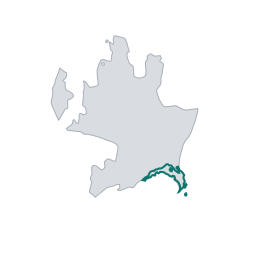 Azerbaijan, with Bakı highlighted, rotated 53°
{"feature_id": "AZE-1689", "entity_name": "Bakı", "entity_type": "Municipality", "adm_level": 1, "iso_a3": "AZE", "parent_name": "Azerbaijan", "parent_adm1": "", "projection": "mercator", "projection_center": [49.815, 40.127], "detail": "medium", "context": "in_parent", "style": "outline", "palette": "teal", "viewbox_px": 256, "rotation_deg": 53, "n_neighbors": 0, "source": "natural_earth", "source_scale": "10m", "svg_char_len": 4949}
<svg xmlns="http://www.w3.org/2000/svg" viewBox="0 0 256 256"><g transform="rotate(53 128 128)"><path d="M163.5,195.9L162.7,195.8L156.5,197.3L155.2,196.8L149.8,190.0L148.8,189.3L146.5,189.0L145.1,187.9L144.0,186.0L143.4,184.7L137.9,181.0L137.1,179.6L137.0,178.4L137.8,177.4L138.7,176.5L141.4,175.5L144.5,174.8L145.5,174.2L146.0,173.2L146.0,171.6L145.5,170.1L141.0,167.2L140.5,166.0L140.4,164.5L140.6,162.9L141.3,161.7L145.0,160.0L147.0,158.3L145.7,156.4L141.8,152.0L137.1,147.1L133.9,147.1L130.3,148.5L124.5,152.6L121.3,154.4L117.1,157.3L112.6,160.6L108.8,164.0L106.5,166.9L102.4,168.1L100.3,170.5L93.4,177.7L91.4,177.6L91.3,174.0L91.4,171.2L91.0,169.6L88.7,167.4L88.7,166.4L89.3,165.8L91.0,166.2L93.2,166.1L94.3,165.2L91.9,162.3L89.8,160.3L88.0,159.0L87.6,158.2L87.6,157.6L88.0,157.0L91.0,155.3L91.3,153.8L91.1,152.2L86.3,149.7L82.7,150.6L79.4,147.9L77.3,145.8L74.7,143.5L72.4,142.2L70.2,139.3L66.3,136.4L63.8,135.5L63.8,135.1L64.3,134.5L65.3,134.1L72.2,134.2L73.1,133.6L73.5,132.4L74.5,130.5L75.6,127.7L75.5,125.4L68.5,121.6L63.5,118.1L60.0,113.5L57.6,109.3L57.7,107.8L58.4,106.5L63.8,102.6L64.1,101.6L64.0,100.9L62.1,98.9L59.7,96.8L58.9,95.3L57.4,94.6L54.5,94.5L49.4,92.0L48.3,91.7L48.1,91.2L48.4,90.7L52.0,89.7L51.9,88.8L50.8,87.7L48.8,86.9L46.9,84.9L46.3,83.0L52.8,77.7L54.7,76.6L59.0,77.6L67.9,81.1L67.3,83.1L68.2,84.2L70.3,85.7L74.2,87.2L77.5,88.0L79.2,87.4L81.7,86.8L85.0,88.5L88.1,90.8L89.6,91.6L90.4,91.9L92.7,91.2L95.5,88.3L96.6,84.9L96.9,83.2L95.3,80.9L92.0,78.4L88.2,76.2L85.8,74.3L84.3,70.4L82.7,70.0L82.3,69.5L82.1,68.2L82.1,66.4L82.7,65.0L84.2,64.4L85.7,64.1L87.1,62.8L88.8,60.2L89.6,58.7L92.8,59.5L93.3,61.9L93.9,62.4L95.2,62.1L97.5,61.1L99.3,61.9L101.6,64.7L104.8,67.7L106.5,69.7L107.2,71.0L108.8,72.4L111.2,73.9L113.1,76.4L114.8,82.1L116.5,83.4L122.7,85.5L124.8,86.0L130.9,86.7L133.0,86.2L136.1,81.3L138.9,76.3L141.5,75.2L146.2,72.8L149.1,70.4L150.2,68.0L152.9,63.2L154.6,60.6L157.3,62.9L162.2,69.3L169.1,79.7L170.7,82.6L171.9,86.0L172.8,90.1L174.4,93.7L181.4,102.8L184.4,106.1L189.3,110.4L191.0,111.4L193.3,111.7L197.6,111.7L201.5,113.4L203.4,114.6L205.4,116.3L207.1,118.3L208.9,123.5L202.2,121.8L195.4,122.1L191.5,123.2L187.8,124.8L184.2,126.9L182.0,131.2L180.1,141.0L177.4,150.1L177.4,154.3L178.7,158.3L178.5,160.3L177.3,161.1L175.7,162.8L173.6,171.1L172.5,172.8L171.2,173.8L170.8,172.8L170.9,170.6L167.9,168.7L166.4,170.9L165.3,175.4L163.1,180.2L163.0,181.1L163.5,195.9ZM63.0,110.1L63.3,108.8L62.4,108.2L61.5,108.2L60.7,108.8L60.7,110.5L61.8,110.8L63.0,110.1ZM40.7,148.4L39.6,147.1L39.2,146.3L42.2,145.7L47.2,143.9L48.5,144.8L50.0,146.6L50.7,148.2L50.8,151.1L51.4,151.6L53.9,150.6L55.0,151.8L56.8,153.2L60.1,154.6L64.7,152.4L67.1,151.8L69.0,151.9L70.0,152.6L70.4,154.8L70.0,157.6L69.4,159.1L70.4,160.2L74.3,162.9L75.9,164.4L75.1,167.0L77.9,173.3L78.9,175.7L80.0,178.7L74.2,177.5L63.6,175.0L60.8,173.7L58.0,170.2L56.4,168.5L54.0,166.3L52.0,165.5L50.5,164.0L49.6,161.7L48.4,159.7L46.2,157.4L41.3,149.3L40.7,148.4ZM46.9,93.7L46.3,94.1L45.3,93.7L45.0,92.6L45.0,91.6L46.0,91.3L46.8,91.6L47.1,92.6L46.9,93.7Z" fill="#d9dde1" stroke="#a8b0b8" stroke-width="1"/><path d="M189.0,111.3L189.5,111.5L191.0,111.7L192.3,112.2L193.0,112.2L193.6,112.1L195.2,111.4L196.0,111.3L199.4,111.4L199.7,111.7L200.0,112.5L201.2,113.7L201.8,114.0L204.5,114.6L205.0,114.9L206.2,117.3L207.5,117.9L208.0,118.5L208.5,119.3L208.8,120.1L209.1,123.4L209.3,123.7L209.5,124.5L209.7,125.3L209.6,125.9L208.4,123.7L207.6,122.9L206.1,121.6L205.5,121.3L204.8,121.0L203.5,120.8L201.7,120.4L200.7,120.7L199.5,120.7L199.0,120.9L198.0,121.8L197.3,121.8L196.5,120.7L195.4,120.4L194.6,120.0L194.0,120.3L193.0,121.2L193.2,122.2L192.4,123.0L191.1,123.7L189.1,124.1L187.3,125.2L185.0,126.0L184.5,126.4L182.5,128.5L182.4,129.4L182.6,130.9L180.9,131.5L180.6,132.1L180.7,132.9L181.1,133.7L181.8,134.4L182.1,134.7L182.2,135.1L182.0,135.3L180.7,136.3L180.4,137.2L180.5,138.3L181.0,139.6L180.8,140.1L180.1,140.8L180.1,141.2L180.3,141.9L180.3,142.1L179.7,142.7L179.5,143.2L179.5,143.5L179.7,143.8L179.5,144.3L179.7,144.8L180.4,145.8L180.4,146.1L179.2,146.9L178.4,147.8L178.1,146.6L177.9,143.6L178.3,142.1L178.2,140.0L177.3,138.8L176.9,137.6L176.4,136.5L176.7,135.4L177.0,134.3L178.0,132.8L177.7,131.2L178.1,130.3L178.6,129.6L178.8,128.8L178.8,128.2L179.0,127.5L179.5,127.0L180.4,125.2L180.5,123.0L180.3,120.8L180.2,118.8L181.2,117.8L182.5,117.7L184.0,116.0L186.5,115.9L188.3,115.7L189.7,116.1L191.1,115.6L193.9,114.9L194.5,114.2L190.8,113.0L189.7,113.4L189.0,113.3L188.5,112.6L188.9,111.7L189.0,111.3ZM185.6,118.3L186.1,119.1L186.4,119.9L187.1,120.0L187.8,119.9L188.5,119.6L188.8,119.2L187.8,117.7L186.6,117.7L185.6,118.3ZM209.6,118.7L208.6,118.8L208.7,117.8L207.7,116.4L207.7,115.5L208.1,115.7L208.6,115.5L208.8,115.8L208.8,116.6L209.5,117.4L209.8,117.9L209.9,118.4L209.6,118.7ZM216.6,122.7L216.0,122.6L215.7,122.7L215.2,122.3L214.9,121.7L215.0,121.2L215.4,121.5L215.9,121.2L216.2,121.2L216.7,121.7L216.8,122.3L216.6,122.7Z" fill="none" stroke="#0f766e" stroke-width="2"/></g></svg>